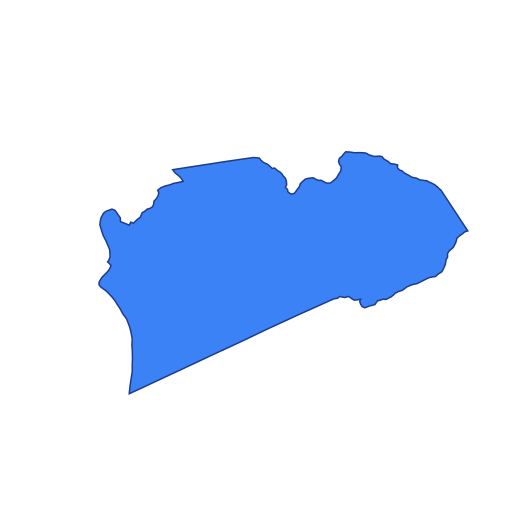 Paulino Neves, Maranhão, Brazil, rotated 231°
{"feature_id": "56859067B76832031221726", "entity_name": "Paulino Neves", "entity_type": "district", "adm_level": 2, "iso_a3": "BRA", "parent_name": "Brazil", "parent_adm1": "Maranhão", "projection": "robinson", "projection_center": [-42.596, -2.843], "detail": "fine", "context": "isolated", "style": "filled", "palette": "blue", "viewbox_px": 512, "rotation_deg": 231, "n_neighbors": 0, "source": "geoboundaries", "source_scale": "gbopen_adm2", "svg_char_len": 2883}
<svg xmlns="http://www.w3.org/2000/svg" viewBox="0 0 512 512"><g transform="rotate(231 256 256)"><path d="M142.2,436.4L190.9,441.2L193.1,440.7L195.5,440.5L198.6,439.8L201.6,438.6L204.1,437.3L206.8,436.2L212.0,431.3L215.5,429.7L219.1,426.7L222.1,425.7L226.8,423.6L230.4,423.0L232.4,421.7L235.6,421.4L237.6,423.4L240.3,421.4L243.1,418.7L246.3,418.2L251.0,416.4L253.8,416.5L255.7,415.1L258.9,410.6L263.4,407.5L266.5,406.4L268.7,404.4L271.3,401.4L274.2,397.6L277.5,394.6L280.5,391.3L280.1,388.1L279.4,385.4L279.4,382.2L277.6,379.7L274.8,378.6L271.7,378.4L268.7,375.3L267.4,371.3L266.0,367.8L265.8,364.6L265.9,359.7L268.2,356.8L270.9,355.5L273.9,354.3L275.3,352.3L277.5,351.0L280.8,349.7L283.4,345.6L284.7,342.8L284.6,338.9L284.3,335.9L282.6,333.4L281.6,329.3L280.5,325.4L282.0,322.1L285.9,321.2L287.9,322.4L290.8,322.0L292.2,324.8L295.1,326.7L298.0,327.8L301.4,327.5L303.5,327.8L306.3,327.5L308.3,326.6L312.7,325.8L313.8,323.7L317.0,323.3L320.1,322.7L324.1,320.6L327.2,320.1L330.0,320.2L334.1,316.1L347.7,293.3L375.5,245.6L372.7,245.4L369.9,245.8L367.6,246.3L364.3,246.8L359.8,246.4L362.5,241.0L364.4,237.5L365.5,233.8L367.3,230.2L368.9,225.2L369.0,221.1L366.2,220.1L364.3,217.6L363.3,214.7L362.7,211.0L360.9,209.4L359.4,206.7L359.7,203.6L360.9,201.0L360.8,197.5L361.3,194.8L359.0,190.6L359.1,186.4L358.6,181.3L361.1,180.1L359.8,176.8L362.2,175.6L365.4,173.8L368.0,172.3L371.2,174.6L373.7,174.7L380.2,175.2L383.1,173.6L385.2,167.4L385.2,164.4L383.2,159.6L381.5,157.4L378.5,154.3L372.0,151.6L368.0,150.1L365.4,149.6L361.8,148.8L358.9,148.0L356.0,147.2L353.4,146.4L350.8,144.7L347.1,142.0L345.5,139.2L344.8,136.9L342.7,137.3L339.7,137.2L338.4,134.7L337.5,132.3L336.9,127.8L336.5,123.6L335.6,120.5L334.2,117.3L332.1,115.8L329.4,115.9L327.2,116.5L324.7,117.2L321.3,117.8L317.4,118.1L314.1,118.3L311.1,118.3L308.2,118.1L306.0,117.7L302.8,117.5L299.9,117.1L297.5,116.6L294.3,116.0L291.4,116.0L288.6,115.8L283.8,114.3L279.9,112.9L276.5,111.4L272.9,109.5L269.6,107.7L267.2,105.6L264.7,103.3L261.5,101.2L257.6,98.2L255.0,96.2L252.3,94.0L250.5,92.3L247.3,89.7L244.3,87.3L241.7,84.5L239.3,81.8L236.7,79.0L233.9,76.0L230.5,72.5L228.7,70.8L212.7,135.0L207.1,157.9L200.2,185.2L198.8,190.7L192.3,218.0L185.9,243.2L184.3,249.5L173.7,289.6L171.9,292.6L171.9,295.5L169.7,297.3L167.9,298.8L166.2,302.6L162.8,303.5L159.9,304.5L158.2,307.0L156.6,310.1L155.4,308.0L152.8,307.0L149.9,306.7L147.3,307.9L145.7,312.8L143.4,317.8L144.7,322.2L143.4,324.8L142.6,327.5L140.4,329.7L139.8,332.8L139.2,335.3L139.2,338.1L139.5,340.5L138.8,344.2L137.3,347.9L137.1,351.1L137.1,353.7L135.9,357.8L134.9,360.5L133.2,363.8L131.6,371.1L130.9,374.4L130.0,377.5L128.8,379.8L127.1,382.6L127.3,386.2L126.8,390.5L128.3,394.1L130.5,398.1L133.6,401.5L134.5,404.1L137.4,406.5L138.4,409.5L138.5,414.6L140.7,419.7L143.4,423.4L143.6,427.0L143.3,430.6L143.4,433.4L142.2,436.4Z" fill="#3b82f6" stroke="#1e3a8a" stroke-width="1.5"/></g></svg>